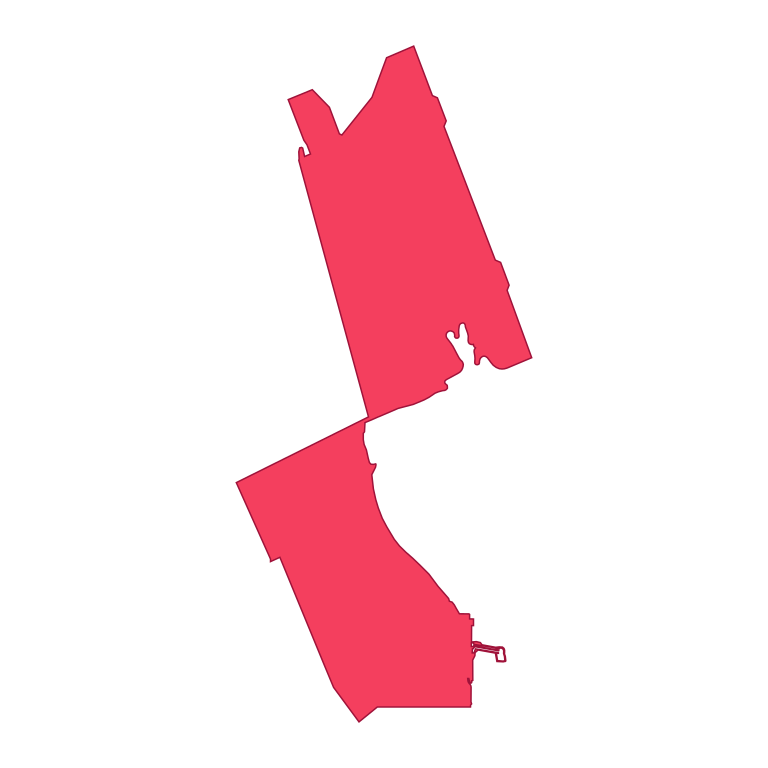 outline of 49, Ad Dawhah, Qatar
{"feature_id": "91078587B40201324753921", "entity_name": "49", "entity_type": "district", "adm_level": 2, "iso_a3": "QAT", "parent_name": "Qatar", "parent_adm1": "Ad Dawhah", "projection": "robinson", "projection_center": [51.615, 25.249], "detail": "fine", "context": "isolated", "style": "filled", "palette": "rose", "viewbox_px": 768, "rotation_deg": 0, "n_neighbors": 0, "source": "geoboundaries", "source_scale": "gbopen_adm2", "svg_char_len": 3411}
<svg xmlns="http://www.w3.org/2000/svg" viewBox="0 0 768 768"><path d="M470.5,707.0L470.6,705.0L471.6,703.9L471.0,701.9L471.1,687.3L470.9,685.9L470.3,684.7L469.2,683.5L468.4,682.3L467.9,680.8L467.7,678.5L468.8,678.5L469.6,681.5L470.2,682.6L470.9,683.1L471.5,682.8L471.8,681.9L471.7,680.8L472.8,680.4L472.7,660.1L474.9,655.7L475.1,652.6L478.1,650.0L495.4,653.1L496.9,661.5L502.9,661.8L502.9,661.1L497.5,660.6L496.5,654.0L497.0,653.3L498.4,653.3L498.4,652.8L496.4,652.4L475.5,648.9L473.9,652.9L472.2,652.9L472.4,648.8L473.1,648.8L474.6,646.9L475.7,646.8L498.6,650.8L498.9,650.1L490.6,648.8L473.7,645.7L473.2,646.5L471.3,646.5L471.3,643.0L473.5,642.9L473.9,644.3L494.8,647.8L496.5,648.3L499.0,648.5L500.6,648.0L501.7,648.2L502.7,648.8L503.3,649.6L503.7,650.7L503.6,653.5L504.5,656.6L504.8,660.0L504.5,660.6L503.9,660.9L504.1,661.6L505.4,661.4L505.8,660.9L505.3,656.3L504.5,653.9L504.6,652.4L504.6,650.1L504.0,648.4L502.5,647.1L499.2,646.9L495.7,647.3L482.0,644.8L480.4,642.6L476.3,641.6L471.5,642.0L471.6,625.6L473.5,625.6L473.5,623.0L473.5,619.0L469.6,618.9L469.6,614.4L469.0,613.9L459.4,613.8L456.4,608.7L454.3,604.9L452.2,602.2L449.4,601.2L448.6,598.5L444.8,594.1L438.0,586.3L428.9,574.1L420.9,566.1L412.8,558.3L405.8,552.2L399.4,545.9L394.3,539.4L386.7,526.7L382.3,518.4L378.3,508.0L375.8,499.7L373.4,488.9L371.8,474.7L375.5,467.3L376.0,464.8L375.7,463.9L373.3,464.4L370.9,464.2L369.4,462.5L368.2,458.1L366.4,449.9L364.1,444.4L363.3,439.6L363.3,433.3L364.5,431.8L365.0,422.6L374.2,418.7L378.2,416.9L379.3,416.5L398.1,408.4L413.3,404.4L424.1,399.9L429.3,397.1L435.0,393.2L438.2,391.9L438.8,391.7L442.5,390.7L444.8,390.4L446.3,389.6L447.4,388.3L447.4,386.9L447.2,385.3L446.0,384.3L445.1,383.3L444.9,383.1L444.7,382.0L445.0,380.9L446.4,379.6L458.0,373.3L459.8,372.2L461.5,370.4L462.5,368.4L463.1,366.3L463.3,364.3L462.7,362.4L462.0,361.3L461.1,360.5L459.9,359.1L459.0,357.8L458.5,356.9L456.2,352.6L454.8,349.9L453.7,347.8L452.8,346.1L452.0,345.0L451.2,343.7L450.0,342.1L447.5,338.9L446.6,337.6L446.2,336.4L446.1,334.9L446.5,333.4L447.3,332.3L448.3,331.5L449.4,331.0L450.6,330.9L451.8,331.2L453.1,331.8L454.1,332.8L454.5,334.2L454.7,335.4L454.6,336.6L455.1,337.4L455.7,338.0L457.1,338.2L458.0,337.9L458.6,337.4L459.0,336.4L459.0,335.3L458.7,333.1L458.7,329.8L459.2,326.0L459.6,324.9L459.7,324.6L460.6,323.6L461.7,323.2L462.7,322.9L463.8,323.1L464.7,323.9L465.2,325.0L465.4,326.9L466.4,329.6L467.6,333.0L468.3,336.0L468.2,338.2L468.1,340.7L468.5,342.5L469.4,343.7L470.6,344.3L472.2,344.6L473.4,344.4L473.6,345.6L474.3,346.8L475.5,347.9L474.9,348.7L474.2,350.0L474.1,351.8L474.8,355.9L475.0,358.6L474.8,361.6L474.8,363.1L475.3,364.0L476.2,364.6L477.3,364.7L478.1,364.5L479.1,363.9L479.4,362.8L479.5,360.9L480.0,359.1L480.8,357.8L481.8,356.9L483.2,356.2L484.7,356.2L486.0,356.7L487.4,357.7L488.9,359.7L490.8,362.3L493.2,365.2L496.2,367.4L499.3,368.7L502.0,369.0L504.4,368.8L507.2,368.0L531.7,357.7L507.1,290.3L509.1,285.2L500.6,262.4L495.3,260.1L444.0,126.4L446.2,120.9L437.4,97.8L432.4,95.6L413.7,46.1L386.6,57.7L379.3,77.4L378.2,80.4L372.0,97.3L341.9,135.0L339.4,133.9L329.4,107.3L312.3,89.7L288.2,99.6L303.9,140.3L307.0,144.8L310.5,154.0L304.6,156.5L302.7,148.1L301.5,147.4L299.7,147.9L298.8,151.8L299.1,158.8L298.8,160.4L368.5,416.9L236.3,482.6L236.7,483.5L270.5,559.0L270.5,561.6L279.9,557.3L325.3,667.5L333.6,687.4L359.0,721.9L377.3,707.0L470.5,707.0Z" fill="#f43f5e" stroke="#9f1239" stroke-width="1.5"/></svg>